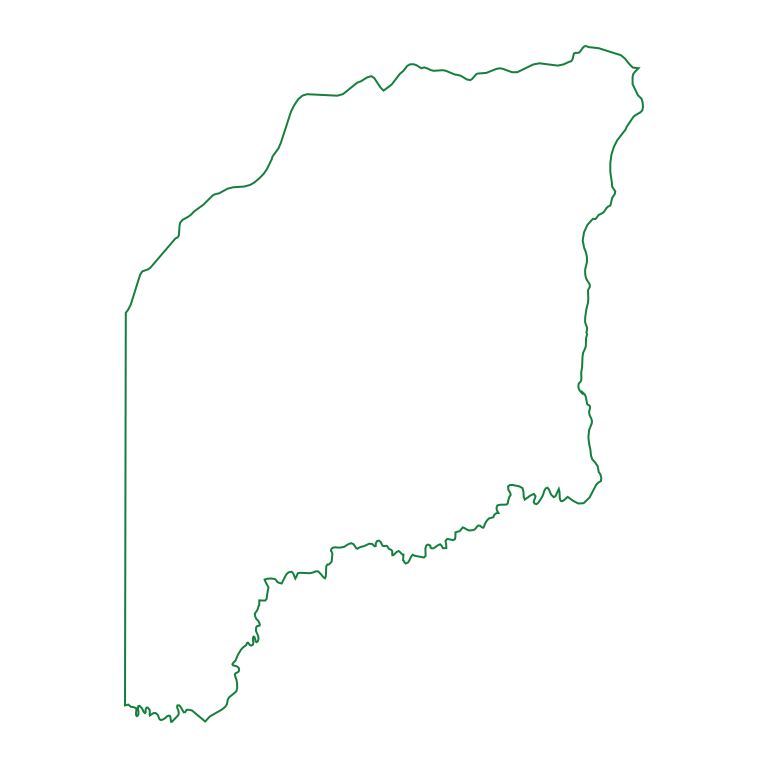 the Commissiary of Vichada
{"feature_id": "COL-1427", "entity_name": "Vichada", "entity_type": "Commissiary", "adm_level": 1, "iso_a3": "COL", "parent_name": "Colombia", "parent_adm1": "", "projection": "equal_earth", "projection_center": [-69.078, 4.548], "detail": "fine", "context": "isolated", "style": "outline", "palette": "green", "viewbox_px": 768, "rotation_deg": 0, "n_neighbors": 0, "source": "natural_earth", "source_scale": "10m", "svg_char_len": 6056}
<svg xmlns="http://www.w3.org/2000/svg" viewBox="0 0 768 768"><path d="M638.5,68.2L634.8,71.9L633.2,74.2L632.6,76.8L632.6,84.2L637.9,95.2L641.5,98.7L642.6,102.5L643.0,106.9L642.4,110.2L640.7,112.1L635.6,115.1L633.5,116.7L626.8,126.6L625.5,129.6L617.1,140.4L613.7,147.3L611.4,154.8L610.3,163.0L610.3,171.8L611.9,183.0L612.2,186.8L615.3,191.4L614.9,193.7L612.2,197.9L610.6,204.8L609.9,205.9L608.2,206.5L606.6,207.9L604.0,211.8L602.8,212.9L598.6,215.0L595.7,218.9L595.1,219.1L593.5,218.8L592.8,218.9L587.5,224.8L584.0,232.4L582.7,240.4L584.1,247.8L585.4,250.9L586.3,253.7L586.9,257.1L587.0,261.6L586.7,263.3L585.5,267.8L585.1,270.1L585.2,274.3L586.0,278.1L586.9,279.9L589.4,283.9L589.9,285.2L589.7,287.2L588.3,289.5L588.0,290.5L588.3,299.0L588.0,302.6L586.2,310.1L585.2,317.4L585.1,321.9L585.4,323.2L587.1,327.8L587.0,330.2L586.4,332.6L587.1,334.4L586.1,337.9L585.8,346.4L584.7,349.4L583.2,352.5L582.5,356.7L582.1,367.3L581.2,372.4L581.4,378.5L581.2,380.3L580.4,381.9L579.4,382.8L578.6,384.1L578.4,386.7L578.8,388.9L579.8,390.7L581.0,392.2L582.3,393.4L582.3,392.1L584.9,394.6L585.9,397.2L587.1,403.9L587.7,404.6L589.5,405.5L590.0,406.6L590.1,408.1L589.3,410.8L589.1,412.3L589.5,414.9L591.5,419.1L592.0,421.6L591.6,423.8L589.1,430.1L588.4,437.3L589.1,443.7L590.4,449.6L591.0,455.6L592.2,459.2L594.9,462.2L597.6,466.0L598.8,472.2L600.4,474.4L601.3,477.9L600.9,481.1L598.3,482.6L596.3,484.6L589.5,497.6L583.6,503.2L578.2,503.5L572.9,500.7L567.7,496.9L564.3,499.9L562.4,501.2L560.8,500.9L559.8,498.6L559.5,491.9L558.8,489.0L555.6,496.0L553.7,497.2L551.0,494.4L548.9,489.4L547.5,487.7L545.7,488.4L544.4,490.6L542.8,495.5L541.7,497.6L538.4,502.6L536.6,504.1L534.6,503.6L533.7,502.0L534.2,500.2L535.0,498.2L535.5,496.2L533.9,493.9L530.5,495.5L524.8,499.6L523.7,496.7L523.5,492.3L522.6,488.2L519.4,486.4L513.2,485.1L510.1,484.9L508.1,486.4L508.3,489.7L510.1,492.6L510.7,494.8L509.2,497.2L508.3,500.3L507.7,503.4L506.5,504.6L500.4,504.7L497.4,505.4L496.5,507.8L496.9,510.3L498.4,513.0L497.2,512.9L495.6,513.6L494.1,515.1L493.4,517.2L488.9,518.5L486.7,520.8L484.9,523.9L483.9,526.9L483.0,527.8L481.6,527.1L480.1,525.7L478.3,525.5L476.9,526.7L475.5,528.7L473.7,530.0L469.3,530.5L466.9,529.6L464.5,528.1L462.8,527.4L459.7,531.1L455.5,532.3L455.4,537.1L454.9,539.2L453.1,540.1L447.3,538.9L445.5,540.8L446.2,544.7L446.3,548.1L443.0,548.2L441.4,545.5L440.1,544.3L438.5,544.9L433.7,548.2L431.7,548.4L430.5,547.6L430.4,545.9L430.1,545.5L428.2,544.6L427.4,544.8L426.3,545.5L425.4,548.3L425.6,555.9L423.9,557.5L414.5,555.7L412.8,554.7L411.1,556.6L409.1,560.9L407.9,562.6L405.7,563.5L404.5,562.5L403.8,560.9L403.0,560.0L403.5,554.6L402.5,554.6L399.9,552.0L398.6,551.0L396.9,551.8L393.5,555.0L392.4,555.3L392.2,554.7L392.3,552.2L392.1,550.9L391.4,550.0L388.8,548.7L387.1,546.1L386.1,545.8L384.4,546.1L382.8,545.9L381.8,544.3L380.7,541.9L378.8,540.6L377.0,541.1L375.8,543.3L375.7,546.1L374.6,546.3L372.2,544.0L369.3,543.7L363.9,546.2L360.8,546.9L358.5,547.9L357.3,548.8L356.0,548.0L354.9,546.1L353.3,544.0L351.1,543.2L348.3,544.2L344.2,546.8L340.8,547.5L337.7,547.6L335.5,547.3L332.8,547.7L331.5,548.8L330.9,550.8L332.0,552.3L332.4,554.2L331.6,561.7L329.1,564.4L327.3,564.5L326.3,566.3L325.8,576.4L325.0,578.3L323.5,577.3L321.1,574.4L318.2,571.4L315.9,571.3L313.4,572.4L309.9,573.2L300.1,572.8L297.8,573.2L296.3,576.9L295.3,578.6L293.7,574.5L292.6,572.6L291.4,571.7L288.7,572.3L286.8,573.8L285.5,575.9L281.6,583.5L278.4,582.6L276.9,581.5L276.3,580.3L274.8,579.0L271.3,578.5L267.4,578.7L264.6,579.6L265.4,581.6L268.5,587.4L267.8,590.5L266.6,598.9L265.1,600.6L259.3,600.4L259.2,605.3L258.5,606.2L257.9,608.6L256.9,610.7L254.8,613.6L255.1,616.2L256.2,618.8L258.1,620.7L259.4,623.0L259.8,624.7L259.6,625.6L257.3,626.0L256.2,627.3L255.9,630.8L258.2,636.1L258.5,638.8L257.9,641.1L256.6,642.2L255.8,641.6L254.8,638.1L254.3,636.9L253.6,636.6L253.1,637.6L252.9,640.0L253.4,642.4L253.0,644.6L251.3,645.6L249.9,645.1L248.1,642.7L247.5,642.7L246.8,643.4L246.3,645.0L243.0,647.5L241.0,649.7L237.9,654.8L235.5,660.6L233.0,663.1L232.4,664.2L233.0,665.3L236.2,666.2L237.6,666.8L238.9,668.2L239.1,670.0L238.6,671.6L236.9,672.7L235.4,673.4L234.9,674.5L235.2,676.3L236.4,679.5L237.1,683.4L237.2,687.8L236.3,691.4L228.9,697.5L227.8,699.7L226.9,704.3L225.2,706.9L221.8,709.6L209.9,716.4L205.2,721.5L192.0,710.5L189.6,709.9L186.7,709.8L185.1,712.2L183.8,712.4L180.4,706.6L179.0,705.3L177.5,705.3L177.1,706.4L177.3,708.0L178.2,710.1L178.7,712.2L178.7,714.1L177.7,715.8L171.8,721.9L171.0,721.7L170.5,717.5L169.9,715.9L168.8,715.6L167.2,716.2L165.3,718.0L163.2,719.4L160.9,720.1L159.5,719.2L157.8,715.0L155.6,713.0L153.5,713.1L149.8,715.5L149.6,714.4L149.8,712.4L149.6,709.8L147.7,707.5L146.5,707.7L145.6,709.5L145.7,712.0L144.9,713.1L143.7,712.0L142.0,708.3L139.5,705.9L138.4,706.0L137.9,708.3L138.4,711.3L138.5,713.9L137.8,715.5L136.9,716.1L136.1,715.1L136.0,713.5L136.4,709.5L136.0,708.1L133.3,707.1L130.9,706.8L128.3,704.6L125.0,705.4L125.8,312.7L127.5,310.7L130.6,305.1L140.1,274.8L142.3,271.4L147.9,269.4L150.4,267.7L175.4,238.5L177.7,237.3L178.9,235.4L179.5,226.3L180.1,222.8L182.5,219.9L188.6,216.5L191.3,214.4L194.2,211.4L203.6,204.5L212.8,195.3L215.7,194.0L218.9,193.4L227.8,188.6L233.1,187.3L244.4,186.5L250.2,184.9L254.3,182.5L259.1,178.5L263.6,173.9L266.8,169.3L271.7,159.3L272.5,156.5L278.5,148.3L280.9,142.7L291.0,111.6L294.2,105.2L298.4,99.0L302.5,95.6L307.1,94.2L337.3,95.7L343.0,94.1L357.2,82.7L360.9,81.3L367.7,77.1L371.5,76.2L374.3,78.1L380.4,87.4L383.6,90.6L391.7,84.5L400.1,73.6L403.1,71.2L407.1,66.0L409.8,64.4L413.3,64.2L416.2,65.1L421.5,68.3L424.1,67.4L427.3,68.4L430.6,70.0L433.7,70.8L442.8,70.2L445.8,70.8L454.8,74.5L458.0,75.0L461.0,75.9L466.9,79.5L470.3,80.1L472.2,78.9L475.9,74.5L477.4,73.6L486.3,72.9L496.7,68.8L499.8,68.3L502.7,68.8L512.0,72.2L517.3,72.2L533.4,64.4L539.6,63.3L557.7,65.6L563.5,64.4L568.5,62.1L571.2,61.2L572.3,59.7L573.0,57.8L573.3,55.9L574.0,53.5L575.6,52.9L577.5,52.9L579.1,52.6L580.6,50.9L583.2,47.3L584.9,46.1L586.2,46.1L588.7,47.1L598.6,48.2L620.9,55.2L625.0,58.6L628.8,63.5L632.7,67.5L638.5,68.2Z" fill="none" stroke="#15803d" stroke-width="2"/></svg>